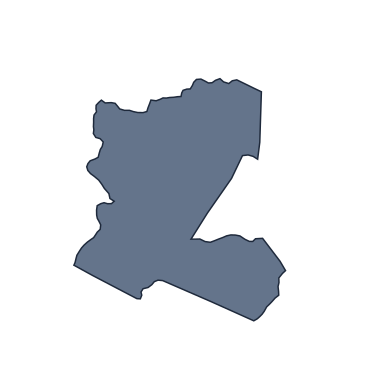 the district of Umirim, Ceará, Brazil, rotated 119°
{"feature_id": "56859067B7919726635924", "entity_name": "Umirim", "entity_type": "district", "adm_level": 2, "iso_a3": "BRA", "parent_name": "Brazil", "parent_adm1": "Ceará", "projection": "natural_earth1", "projection_center": [-39.389, -3.68], "detail": "fine", "context": "isolated", "style": "filled", "palette": "slate", "viewbox_px": 384, "rotation_deg": 119, "n_neighbors": 0, "source": "geoboundaries", "source_scale": "gbopen_adm2", "svg_char_len": 1950}
<svg xmlns="http://www.w3.org/2000/svg" viewBox="0 0 384 384"><g transform="rotate(119 192 192)"><path d="M155.6,315.8L158.9,317.0L162.6,317.9L165.8,316.3L168.2,314.4L172.2,315.0L175.4,313.7L178.8,311.8L182.6,309.9L185.2,308.0L188.7,306.6L190.9,302.6L189.9,298.2L191.3,293.9L195.7,292.6L199.2,292.8L202.9,292.0L207.1,290.9L210.1,292.8L214.1,296.2L217.5,296.8L221.0,296.3L223.7,293.5L225.1,289.7L225.6,285.8L226.8,279.4L229.0,274.6L231.4,270.3L233.7,263.9L237.5,260.6L237.8,255.6L241.2,256.8L243.2,260.2L244.0,263.7L246.4,266.1L249.9,268.3L254.1,266.7L258.4,264.2L261.0,262.0L262.7,259.2L265.0,255.9L269.2,254.2L273.0,255.4L276.2,255.6L279.6,255.9L282.6,257.4L286.5,259.2L290.9,260.7L294.6,261.5L298.8,261.8L303.1,262.0L306.7,261.1L310.3,260.1L313.3,259.8L313.2,238.5L312.0,188.5L310.5,185.4L306.6,185.9L304.2,188.1L300.3,187.9L296.8,184.1L292.5,182.2L288.7,181.5L285.6,179.0L283.7,174.7L278.6,121.8L274.7,75.5L271.2,73.4L268.0,72.3L264.8,71.4L261.2,71.0L256.2,71.0L252.1,69.7L249.0,68.9L244.5,67.9L240.2,66.1L236.8,68.2L233.0,70.9L229.1,72.0L225.1,74.4L219.4,73.4L215.4,72.1L209.9,81.4L198.3,107.8L202.1,113.8L205.8,114.9L207.4,117.9L207.7,122.7L207.2,128.8L208.6,133.1L210.7,137.2L213.6,140.5L217.0,143.1L220.0,145.7L223.7,148.7L227.1,151.6L229.0,156.5L229.3,162.3L231.6,166.2L233.7,170.0L202.9,168.3L171.8,165.1L161.0,164.0L135.7,165.5L132.4,160.9L131.2,155.8L131.5,150.5L115.7,156.8L70.7,179.9L71.2,187.7L71.5,193.9L72.2,207.2L75.2,210.7L79.3,212.4L80.4,217.8L79.3,222.5L82.9,225.6L86.7,227.4L88.7,230.5L88.7,234.2L88.9,238.9L91.4,242.7L95.2,243.7L98.6,243.3L102.7,243.5L104.5,246.4L107.4,249.1L110.4,249.0L113.8,247.9L115.7,250.9L118.0,253.9L120.2,257.4L122.3,260.0L123.8,263.0L126.4,264.8L129.6,267.6L131.5,272.5L136.0,271.8L139.7,271.3L143.5,270.5L146.3,273.3L148.8,278.0L150.1,282.2L150.9,286.3L153.3,290.6L154.4,295.5L152.9,299.1L151.7,302.2L153.0,306.0L156.2,311.1L155.6,315.8Z" fill="#64748b" stroke="#1e293b" stroke-width="1.5"/></g></svg>